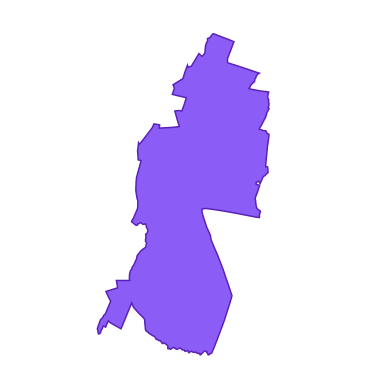 Moiben, Rift Valley, Kenya, rotated 9°
{"feature_id": "3690345B75198444085036", "entity_name": "Moiben", "entity_type": "district", "adm_level": 2, "iso_a3": "KEN", "parent_name": "Kenya", "parent_adm1": "Rift Valley", "projection": "natural_earth1", "projection_center": [35.398, 0.724], "detail": "fine", "context": "isolated", "style": "filled", "palette": "violet", "viewbox_px": 384, "rotation_deg": 9, "n_neighbors": 0, "source": "geoboundaries", "source_scale": "gbopen_adm2", "svg_char_len": 6062}
<svg xmlns="http://www.w3.org/2000/svg" viewBox="0 0 384 384"><g transform="rotate(9 192 192)"><path d="M236.6,348.2L238.2,341.9L240.3,332.2L244.0,313.9L246.8,295.6L246.9,295.0L247.7,288.2L245.8,284.5L243.5,280.0L238.2,270.1L234.8,263.5L232.8,260.0L230.1,255.5L227.6,251.1L220.7,240.1L218.3,236.1L217.4,233.4L216.3,230.8L211.9,224.2L207.1,214.8L205.6,211.6L205.3,211.0L205.2,210.3L204.9,209.6L204.5,207.4L208.1,206.1L211.7,206.0L222.1,205.8L229.6,205.9L242.3,206.2L258.6,206.8L260.7,206.8L261.4,206.7L262.5,206.7L262.5,205.7L262.2,204.1L262.3,202.3L262.6,201.2L262.6,200.6L262.4,200.1L262.0,199.8L259.1,198.4L258.7,197.9L258.3,197.3L257.5,195.6L256.7,192.7L256.4,192.1L256.2,190.5L255.9,190.0L255.5,189.0L255.4,188.1L256.0,184.7L256.4,183.4L256.7,181.4L257.6,176.2L257.7,174.8L254.2,174.3L253.9,173.1L253.8,172.6L254.9,171.8L256.1,171.0L256.8,171.7L257.9,173.0L259.1,169.0L259.3,167.9L259.4,167.3L259.7,166.5L260.0,165.7L260.6,165.1L261.8,164.1L262.2,163.0L262.8,162.4L263.5,161.7L264.1,160.8L263.7,159.3L263.1,156.6L262.9,156.0L262.6,155.3L260.9,155.6L260.6,154.1L260.0,144.6L259.4,135.6L259.4,132.2L259.3,127.8L259.2,125.1L259.0,123.0L258.2,122.7L257.4,122.6L256.8,121.9L255.8,120.5L255.3,120.0L252.4,120.2L251.7,119.9L248.6,119.4L249.2,117.4L249.7,116.2L250.3,114.7L251.0,112.4L251.6,110.8L252.0,109.4L252.7,107.6L253.0,107.1L253.1,106.4L252.8,105.9L253.1,105.3L253.4,104.7L253.5,104.0L253.4,103.4L253.5,102.8L253.3,102.0L253.8,101.4L254.0,100.7L254.3,100.1L254.5,99.4L254.5,98.9L254.6,98.2L255.1,97.8L254.7,97.2L254.1,97.1L254.0,96.5L254.3,95.7L254.4,95.0L254.4,94.4L254.3,93.8L254.2,93.1L254.2,92.2L253.4,91.0L253.2,90.4L253.5,89.7L253.4,88.8L252.9,88.3L252.1,87.6L251.9,87.1L252.0,86.5L251.9,83.9L251.9,82.7L252.1,82.1L252.2,81.4L251.7,81.2L243.5,81.5L236.5,81.3L232.2,81.1L232.2,80.4L233.0,78.9L233.1,78.1L233.6,77.0L234.9,74.9L235.3,74.5L236.0,74.1L236.3,73.2L236.6,72.4L236.4,71.5L236.4,71.0L236.6,70.3L237.2,69.0L237.3,67.9L237.7,66.8L238.0,66.0L238.5,65.4L239.4,64.5L239.9,64.1L235.5,63.4L228.8,62.2L224.1,61.5L220.8,60.9L207.2,58.8L206.5,57.4L206.3,54.1L207.2,49.9L207.6,48.2L208.8,42.4L209.9,37.0L204.6,35.7L198.7,34.5L194.4,33.6L192.0,33.1L189.6,32.5L188.3,32.4L187.7,32.8L187.2,33.5L186.5,34.6L186.3,35.2L185.9,36.0L185.5,36.9L184.9,37.1L184.4,37.3L183.3,38.0L183.6,39.5L183.7,40.6L183.0,42.2L182.8,42.8L182.9,43.5L182.8,44.2L182.5,44.8L182.4,45.4L182.6,46.1L182.5,46.9L182.7,47.6L182.6,48.5L182.7,49.4L182.9,50.3L183.0,50.8L182.8,51.8L182.9,52.5L182.7,53.1L181.9,54.7L180.6,56.5L177.2,54.2L171.7,67.8L168.4,69.4L168.1,68.4L167.7,67.5L166.2,75.0L165.3,81.4L159.8,86.2L156.5,89.0L158.4,92.3L157.9,95.1L157.3,98.7L171.7,99.8L170.5,107.3L169.3,113.6L166.2,113.6L162.4,114.7L166.2,123.1L168.8,128.5L169.2,129.4L162.7,131.2L152.5,133.4L149.6,134.0L149.6,130.8L143.8,130.6L142.8,134.4L139.4,140.9L134.1,150.6L133.1,152.1L132.6,153.0L131.5,151.7L131.8,158.5L131.7,159.4L131.9,160.3L133.2,165.7L133.8,168.7L136.8,168.9L134.9,186.7L135.1,188.0L135.2,190.4L135.6,193.6L135.7,194.8L135.9,196.6L136.3,199.5L136.7,200.5L136.9,201.5L137.4,202.8L137.9,204.5L138.9,207.3L139.2,208.0L139.6,208.6L140.0,209.6L140.5,213.6L140.7,215.5L140.8,216.5L140.6,217.6L140.2,219.3L139.8,220.7L138.8,224.7L138.5,226.1L137.9,227.8L137.1,229.8L137.0,230.8L137.5,231.2L138.8,231.8L140.9,233.2L141.5,233.5L142.0,233.5L142.6,233.6L143.1,233.3L143.5,232.0L144.1,231.8L144.8,231.4L145.4,230.8L146.1,230.4L146.6,230.5L148.3,231.5L149.7,231.5L150.2,231.1L150.8,230.9L151.3,230.8L151.7,231.2L152.3,233.5L152.6,234.0L153.4,235.1L153.9,235.8L154.2,236.4L154.4,237.0L154.5,237.5L154.4,238.1L154.2,239.0L154.0,239.9L152.9,240.8L152.8,241.4L153.2,242.0L153.6,244.6L153.5,246.0L153.6,247.0L153.8,247.9L154.3,248.5L154.8,249.1L155.1,249.8L155.0,251.4L155.0,253.1L154.8,253.8L154.4,254.3L152.6,256.0L151.6,257.1L151.1,257.5L150.6,258.2L150.2,259.0L150.0,259.6L149.7,260.1L148.6,261.8L148.3,262.3L147.7,263.9L147.7,264.8L147.8,265.7L147.8,266.4L147.6,267.2L147.0,268.7L146.5,271.0L145.8,273.5L145.3,274.2L145.0,274.8L144.8,275.5L144.5,277.1L144.3,277.7L143.7,279.2L143.5,279.8L143.4,280.7L143.2,281.5L143.2,282.4L143.3,284.4L143.5,286.3L143.8,287.8L144.0,288.6L144.3,289.1L142.8,289.4L140.2,289.8L131.1,291.2L131.7,292.8L132.9,296.4L133.5,298.3L123.1,303.4L122.6,303.7L125.2,307.7L128.8,312.8L127.9,315.9L126.7,321.0L125.6,325.5L124.9,326.6L124.1,327.8L123.4,330.0L122.8,330.9L122.2,331.6L121.6,332.4L121.4,333.4L120.9,336.0L120.6,338.1L120.3,338.8L119.9,341.8L120.1,342.6L120.6,343.0L120.7,343.9L120.9,344.7L121.3,345.1L121.4,345.9L121.7,346.7L122.2,346.9L122.8,346.3L123.2,345.9L123.7,345.4L123.9,343.2L124.8,340.5L125.4,338.1L127.8,339.0L129.5,332.3L131.9,334.0L136.2,335.6L143.2,338.2L144.1,335.0L149.8,311.0L150.6,312.3L152.3,315.1L156.0,318.1L158.5,320.2L161.9,322.5L164.2,324.3L165.2,325.5L165.6,327.4L166.4,330.8L167.0,332.7L167.4,334.9L168.5,336.6L169.7,336.9L170.3,337.3L170.8,337.7L171.2,338.1L172.6,338.4L172.9,339.0L173.7,339.1L174.5,339.5L175.1,340.0L175.6,340.0L176.9,340.3L177.6,340.6L178.2,341.3L178.8,342.0L179.2,342.4L179.7,343.2L180.9,343.1L181.4,343.3L181.9,343.7L182.9,344.0L183.4,343.9L183.9,343.9L184.5,343.9L184.9,344.7L185.7,345.7L186.4,346.1L187.0,346.3L187.4,345.7L188.0,345.4L188.8,345.7L190.0,346.4L190.4,346.6L191.0,347.0L191.5,347.2L192.4,348.1L192.3,349.2L192.4,350.0L192.9,350.6L193.6,350.4L194.4,350.1L195.1,350.7L195.6,350.6L196.6,349.6L198.3,348.3L198.9,348.6L199.3,349.0L201.8,349.8L202.3,349.5L202.8,349.0L204.5,348.1L205.2,348.0L205.9,348.5L206.5,349.2L207.0,349.4L207.8,349.4L208.5,349.3L209.1,349.3L209.4,350.0L210.2,350.5L211.0,350.1L211.8,349.7L212.5,349.4L213.1,349.6L213.4,350.5L213.9,351.2L214.5,351.0L215.0,350.2L215.8,349.7L216.4,349.5L217.7,350.0L219.2,350.0L220.0,349.9L221.4,349.6L221.9,350.1L222.5,350.6L223.2,350.5L223.8,350.3L224.4,350.3L224.9,350.6L225.2,351.3L225.6,351.6L226.2,351.3L226.4,350.6L227.2,349.8L227.7,349.2L228.5,347.9L229.2,347.2L229.8,347.0L230.3,347.0L230.9,347.2L231.5,347.3L231.3,347.9L233.2,349.7L233.4,350.3L234.1,350.2L234.8,349.4L235.4,348.8L236.6,348.2Z" fill="#8b5cf6" stroke="#5b21b6" stroke-width="1.5"/></g></svg>